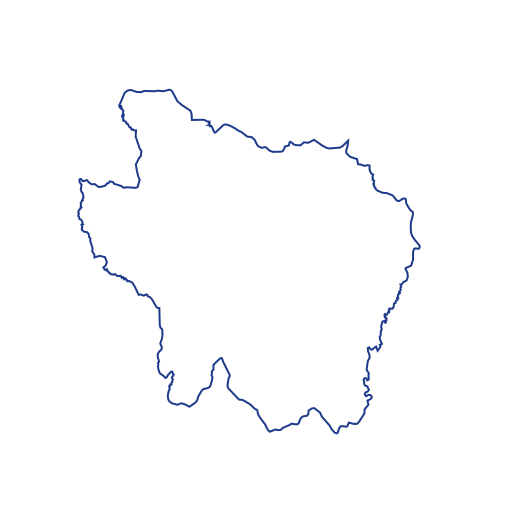 Khamcha-I, Mukdahan, Thailand, rotated 166°
{"feature_id": "78962969B9288623965853", "entity_name": "Khamcha-I", "entity_type": "district", "adm_level": 2, "iso_a3": "THA", "parent_name": "Thailand", "parent_adm1": "Mukdahan", "projection": "equal_earth", "projection_center": [104.357, 16.612], "detail": "fine", "context": "isolated", "style": "outline", "palette": "blue", "viewbox_px": 512, "rotation_deg": 166, "n_neighbors": 0, "source": "geoboundaries", "source_scale": "gbopen_adm2", "svg_char_len": 6094}
<svg xmlns="http://www.w3.org/2000/svg" viewBox="0 0 512 512"><g transform="rotate(166 256 256)"><path d="M117.8,195.2L115.7,196.0L113.8,198.9L113.1,202.9L114.0,206.8L113.7,208.1L107.9,209.0L104.5,214.5L102.6,221.9L101.1,224.4L99.5,224.9L96.5,223.6L95.5,224.3L94.9,225.3L94.9,226.8L98.1,233.4L99.6,237.8L99.9,240.4L99.4,244.3L97.7,250.8L93.8,257.9L93.2,260.4L93.5,261.3L94.8,262.5L96.3,266.4L97.5,270.9L96.9,274.5L97.4,275.6L99.3,276.2L103.4,274.8L105.1,275.0L106.3,276.4L108.6,281.4L109.5,282.3L114.3,285.6L117.9,286.7L122.4,290.1L123.6,292.0L123.7,293.4L124.4,294.1L124.2,295.1L124.7,296.2L124.3,296.8L124.6,297.4L124.1,297.7L124.3,298.3L123.1,300.2L123.8,301.6L124.4,301.7L124.0,303.4L123.6,303.7L123.8,304.9L122.6,306.7L124.1,308.0L124.9,311.2L124.6,312.0L124.9,312.5L123.9,316.3L125.6,317.1L129.3,317.3L131.8,319.2L134.8,320.4L134.5,325.6L140.6,329.4L143.4,333.9L143.2,336.0L140.4,340.9L138.7,345.6L145.6,341.6L148.4,340.9L158.8,342.6L161.1,343.7L164.6,346.7L171.6,354.7L177.8,353.2L181.9,354.7L186.0,352.7L190.1,353.8L192.1,354.9L194.9,358.5L195.9,358.2L197.4,355.3L201.5,355.2L202.7,353.2L204.8,351.3L206.5,351.2L214.3,352.9L217.3,354.9L220.3,359.3L224.4,359.6L226.9,361.5L228.0,363.5L229.3,369.3L231.6,372.5L235.5,373.9L240.5,380.2L243.1,382.1L244.9,384.4L250.0,389.0L253.5,391.0L254.9,391.1L256.3,390.8L265.1,385.8L266.3,385.7L266.9,387.8L267.4,391.5L268.0,392.9L269.3,393.0L269.2,393.9L270.1,394.3L269.0,394.4L269.3,395.2L268.9,396.1L269.6,396.5L268.7,397.7L270.9,398.4L272.7,400.2L274.8,401.1L285.3,403.5L284.1,409.5L284.5,412.9L291.5,420.5L294.8,425.1L297.4,435.7L298.1,437.0L299.7,438.3L306.1,438.3L311.4,440.2L314.2,440.3L324.4,443.2L327.8,442.8L331.8,443.9L337.3,447.4L339.4,447.6L341.0,447.5L344.0,446.0L352.3,435.1L352.0,434.8L352.4,434.0L352.1,433.2L351.1,434.5L350.7,434.3L350.5,432.6L351.0,431.2L350.1,430.4L349.6,428.9L350.4,427.1L350.3,424.2L350.8,424.0L351.7,424.9L352.0,424.4L352.2,423.2L351.4,422.3L351.5,420.6L352.2,420.2L352.2,419.6L349.9,417.9L349.6,415.9L348.7,415.6L347.6,411.5L346.5,411.1L346.1,408.7L344.9,408.7L344.0,407.4L342.0,406.9L343.9,401.0L342.8,388.0L341.8,385.8L343.5,380.9L345.7,379.4L350.5,373.8L351.0,366.3L351.0,361.8L350.4,358.1L354.2,351.5L356.5,351.3L364.2,353.8L368.1,354.3L369.9,356.6L376.2,360.4L377.0,362.4L379.8,363.8L381.6,362.3L382.6,362.6L385.6,360.6L391.1,360.7L392.6,361.7L395.1,364.8L398.3,365.4L400.0,367.4L401.7,370.5L405.8,370.4L407.3,373.1L408.2,373.2L409.0,372.4L409.2,370.2L408.0,367.2L409.9,363.1L409.8,360.6L409.0,359.0L409.2,354.5L410.5,353.3L410.5,352.0L411.5,351.9L412.1,350.8L413.2,350.1L413.5,347.7L414.1,346.9L413.6,345.2L415.0,344.8L415.7,343.7L416.6,343.5L418.0,341.3L417.6,339.9L418.8,338.0L418.2,336.6L418.4,334.6L416.9,333.5L416.1,331.1L416.6,329.7L416.2,328.6L417.8,328.4L417.4,326.7L418.7,323.8L417.3,321.4L413.9,319.8L413.0,317.4L413.4,315.0L412.4,313.3L413.0,311.9L413.1,309.4L412.7,303.0L413.8,300.1L412.5,296.3L413.1,293.7L407.7,294.0L402.8,291.4L402.2,286.0L404.1,283.2L406.8,281.9L406.2,279.5L405.4,279.3L404.8,278.5L403.9,279.2L403.5,276.8L402.2,275.2L402.3,274.5L401.7,274.4L400.9,273.2L398.6,272.4L397.2,272.6L395.5,270.2L392.3,269.5L392.5,269.0L391.8,268.6L391.3,267.1L390.1,267.7L389.5,267.0L389.6,265.3L388.5,265.1L388.1,265.6L387.5,264.9L387.6,264.2L387.1,263.9L386.9,262.6L385.4,262.5L382.5,260.2L381.1,255.9L379.2,246.7L377.3,246.6L374.5,244.7L371.7,245.3L370.8,244.4L371.0,243.8L370.4,242.8L368.8,241.7L367.3,239.0L365.0,230.6L363.9,229.4L362.4,228.9L366.0,212.6L366.1,209.6L365.1,208.3L364.8,206.8L365.9,201.9L367.2,198.6L369.9,194.6L370.0,193.4L369.4,190.5L369.7,189.2L370.6,188.0L373.4,186.4L375.0,184.7L375.8,181.4L375.6,177.0L377.0,175.9L377.0,174.3L377.9,172.4L378.1,168.7L377.7,165.5L374.6,161.8L373.6,159.8L372.5,159.6L369.8,162.1L366.3,164.3L365.2,164.1L365.2,162.1L364.5,160.8L367.0,158.5L366.5,156.4L367.2,155.7L367.7,153.9L368.6,153.6L369.0,151.8L370.3,152.0L370.5,151.2L371.1,151.3L371.8,150.5L371.7,148.3L372.3,147.8L372.3,147.0L373.5,145.9L375.3,142.0L375.8,139.5L375.6,137.1L375.2,136.0L373.2,133.4L368.1,130.6L364.7,131.2L363.3,130.7L361.0,129.4L357.1,125.9L350.5,128.3L348.1,130.0L346.0,133.7L340.9,138.8L338.9,139.7L334.7,139.5L332.1,140.4L329.3,145.0L327.6,148.9L328.0,151.4L327.4,152.0L326.6,155.0L324.7,156.1L323.6,160.7L316.0,165.1L314.2,165.4L313.7,164.4L313.5,161.6L310.3,146.8L310.6,145.7L312.2,144.0L314.8,137.6L315.2,135.7L314.9,134.3L307.2,120.8L303.9,119.6L301.8,117.7L297.6,113.5L294.1,108.0L292.1,106.3L292.3,101.9L291.3,98.5L288.0,90.7L286.6,84.6L285.3,82.2L279.1,82.9L276.5,81.6L274.3,81.3L271.3,82.8L264.4,83.9L262.1,84.7L257.8,82.9L255.9,82.9L254.9,83.5L253.1,86.3L250.7,88.5L249.1,89.0L245.0,88.7L243.3,90.2L242.4,93.3L239.0,94.5L237.0,94.5L236.0,94.0L231.8,88.6L230.9,84.0L225.7,74.0L224.6,69.9L222.6,65.9L221.8,65.1L220.5,64.4L219.6,64.6L217.3,68.3L215.6,70.1L214.1,70.2L209.3,68.4L208.6,68.7L206.2,71.9L201.9,69.5L198.5,68.7L195.9,70.4L189.0,76.9L187.6,81.1L182.9,84.5L182.8,88.8L179.5,89.4L177.9,90.7L177.9,92.5L178.9,93.6L180.6,94.0L183.0,93.3L184.0,95.5L182.8,97.1L180.6,97.4L178.8,98.8L179.6,102.6L181.6,104.0L182.0,106.3L181.3,108.3L181.7,109.6L180.8,110.7L179.6,111.2L178.6,110.6L178.1,108.5L176.8,108.7L176.3,109.4L175.8,113.0L174.9,114.7L176.1,118.5L176.0,119.4L172.9,127.0L170.2,130.0L169.9,132.8L170.3,136.5L169.8,139.7L168.2,139.9L167.5,138.0L166.3,137.0L161.4,139.1L160.9,134.7L157.3,137.7L157.0,138.4L157.4,139.8L155.0,140.3L155.9,144.1L155.6,147.4L154.4,148.8L152.8,153.3L151.7,154.3L151.8,157.0L149.1,161.8L147.1,161.9L146.9,160.2L146.3,159.9L144.9,162.3L145.0,163.1L144.6,163.6L145.2,163.9L144.9,164.6L145.7,165.4L145.3,165.8L145.5,166.2L145.2,166.6L145.8,167.0L145.6,167.8L144.9,168.4L144.7,167.8L143.4,167.3L141.3,169.5L140.6,169.1L140.2,169.6L140.5,170.5L140.3,171.4L139.4,171.5L139.3,172.7L136.3,171.9L135.0,173.0L133.4,176.6L131.8,176.8L131.4,178.3L129.3,179.4L129.3,180.6L128.9,180.3L128.8,180.8L128.1,180.9L128.1,182.8L127.6,184.1L126.3,184.5L126.1,186.0L125.3,185.6L125.3,186.9L123.8,187.9L124.0,188.4L123.4,190.4L122.6,190.9L122.7,193.4L121.6,193.2L118.8,195.3L117.8,195.2Z" fill="none" stroke="#1e3a8a" stroke-width="2"/></g></svg>